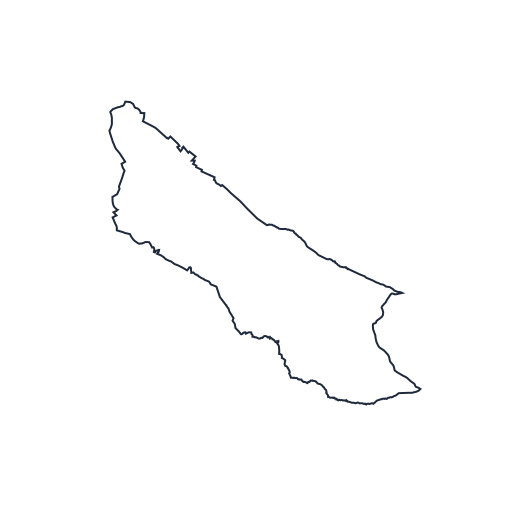 Sancraieni, Harghita, Romania (Albers equal-area conic projection), rotated 238°
{"feature_id": "2599482B65024630890924", "entity_name": "Sancraieni", "entity_type": "district", "adm_level": 2, "iso_a3": "ROU", "parent_name": "Romania", "parent_adm1": "Harghita", "projection": "albers", "projection_center": [25.771, 46.297], "detail": "fine", "context": "isolated", "style": "outline", "palette": "slate", "viewbox_px": 512, "rotation_deg": 238, "n_neighbors": 0, "source": "geoboundaries", "source_scale": "gbopen_adm2", "svg_char_len": 6076}
<svg xmlns="http://www.w3.org/2000/svg" viewBox="0 0 512 512"><g transform="rotate(238 256 256)"><path d="M147.2,360.4L148.4,359.6L149.8,358.2L150.2,357.5L151.3,356.5L153.8,354.8L154.8,354.8L158.5,353.1L161.4,349.9L163.0,349.4L164.2,348.7L164.9,348.1L166.0,346.8L167.8,345.7L170.4,343.7L172.9,342.4L179.1,338.0L181.0,337.5L185.8,334.0L195.9,327.5L196.1,326.9L196.5,326.8L196.7,327.1L198.0,326.2L198.2,326.5L198.8,326.3L199.6,325.2L199.9,324.4L202.5,321.7L203.7,321.4L204.6,320.8L206.8,320.4L208.5,319.6L209.2,320.0L209.8,320.0L210.5,318.6L213.0,318.0L213.5,317.3L214.2,317.1L214.6,316.5L215.0,315.3L216.1,314.2L223.3,309.7L224.4,309.2L226.7,308.8L230.2,307.4L236.0,304.7L237.5,304.3L241.5,304.8L242.6,304.7L245.1,303.9L247.9,303.5L249.7,302.3L251.7,302.1L252.7,301.5L253.8,301.6L254.8,300.9L255.8,300.8L256.3,301.0L257.5,300.9L258.0,300.5L259.0,299.3L260.3,298.1L261.1,297.8L261.5,296.7L263.2,295.6L264.3,293.5L266.2,290.8L267.1,289.9L268.4,289.6L268.9,288.9L269.7,288.8L269.8,288.5L271.0,287.9L271.9,287.7L272.5,286.8L273.8,286.3L274.6,285.4L274.8,284.8L275.4,284.2L275.9,283.6L275.8,283.3L276.0,283.2L276.3,281.6L287.1,276.9L301.0,273.6L310.6,271.7L322.7,268.0L328.0,266.8L334.1,264.9L334.0,263.3L335.8,262.7L338.5,261.1L339.7,260.9L341.8,261.4L342.9,260.7L344.7,262.6L356.6,254.6L357.7,255.8L363.1,252.3L364.2,253.3L367.4,251.4L368.1,253.1L369.3,254.5L370.9,252.1L372.4,257.5L379.8,254.9L379.4,253.3L387.2,252.4L386.9,251.0L386.2,250.9L384.8,247.5L390.1,247.0L389.9,249.4L390.2,249.4L392.8,249.2L402.7,246.7L402.0,243.7L403.2,243.3L403.2,242.9L417.6,238.8L419.9,237.6L430.1,231.5L433.1,234.7L436.4,237.0L438.4,233.9L439.7,234.5L442.4,234.3L444.1,233.6L445.5,232.2L446.2,232.0L450.2,232.3L453.0,231.0L456.2,227.0L454.3,224.4L453.9,223.3L453.9,222.2L454.3,221.6L454.6,219.5L455.3,217.8L456.4,212.5L456.2,211.7L455.7,209.7L455.3,208.7L452.0,208.0L449.4,206.9L444.4,203.8L442.8,202.2L441.4,200.4L440.4,199.0L440.1,198.2L437.9,197.4L428.8,195.1L422.4,194.1L421.3,194.0L415.4,194.8L405.3,195.0L405.4,190.8L401.5,189.8L397.9,189.7L396.8,188.1L392.8,183.4L388.0,177.2L387.0,176.3L385.3,175.9L382.0,171.0L382.2,165.6L379.2,163.8L376.5,162.5L374.8,162.0L373.0,161.8L371.6,162.0L369.0,162.7L368.5,163.1L368.2,161.2L368.6,158.3L364.3,159.2L364.7,154.9L358.2,153.8L355.5,153.6L353.7,153.0L352.7,152.2L351.5,151.6L346.5,156.0L344.8,157.2L341.4,160.7L338.5,160.4L335.5,160.6L333.4,161.0L329.1,162.8L328.3,163.4L327.5,165.4L327.1,165.7L326.6,168.1L326.5,169.5L324.4,172.7L322.4,172.8L318.2,172.4L317.8,173.7L316.9,173.7L315.6,173.3L314.8,172.8L313.6,171.5L312.6,172.2L313.2,173.3L313.3,174.2L312.8,176.5L312.5,176.5L312.4,176.9L311.3,175.9L310.9,175.1L311.1,175.0L310.8,174.3L310.3,173.3L306.7,175.9L303.6,177.2L301.2,177.7L297.7,180.0L296.4,181.1L292.3,182.7L289.1,185.1L285.3,187.4L280.3,190.0L281.0,192.0L281.7,193.3L281.3,194.3L280.5,194.5L276.0,192.2L275.3,194.1L272.5,194.8L272.1,195.4L271.5,195.8L270.5,196.0L270.2,196.5L268.5,196.9L265.5,198.5L264.4,199.3L262.8,199.9L259.3,202.5L257.3,202.8L256.1,202.5L251.0,206.2L241.0,203.8L240.7,203.6L230.4,204.5L229.9,204.8L229.3,204.5L225.8,204.8L222.9,204.0L215.2,204.0L213.6,201.9L209.6,202.0L207.0,201.0L206.0,200.4L200.7,201.5L198.3,201.7L197.4,202.0L197.2,203.0L197.6,204.4L197.3,205.9L196.9,206.5L196.1,206.2L195.5,206.2L195.2,209.1L194.7,210.1L193.7,211.4L192.1,210.9L191.2,211.1L190.3,211.0L189.4,210.2L189.1,210.5L188.8,211.1L188.0,211.9L187.5,212.0L187.4,212.4L187.0,213.0L184.5,214.6L183.9,215.5L183.8,217.2L183.1,218.1L183.5,219.2L183.7,220.3L183.4,221.3L182.6,222.1L181.6,222.6L181.0,222.7L181.1,223.3L180.1,223.9L178.9,224.0L179.7,225.0L178.4,225.3L177.1,226.0L176.6,225.8L175.5,226.7L172.8,226.9L172.2,227.2L171.6,228.3L171.8,228.8L172.4,228.9L172.0,229.5L172.0,229.9L171.3,229.6L171.0,228.4L171.0,227.7L170.3,227.8L169.6,227.6L169.2,227.9L167.2,227.5L163.8,225.8L160.6,223.7L160.1,224.5L158.4,225.3L156.2,224.3L155.9,223.9L154.1,224.9L152.1,225.6L149.2,222.9L147.2,222.6L146.3,223.5L145.4,223.6L144.1,223.5L143.9,223.8L142.4,223.5L140.9,223.5L139.3,222.8L138.9,221.9L136.1,221.6L134.3,221.1L133.8,222.0L132.7,223.0L132.7,223.6L132.5,224.0L131.7,224.5L130.9,226.0L129.6,226.4L129.0,226.4L128.6,227.3L128.1,227.4L127.2,229.0L125.1,229.0L124.6,229.5L123.9,229.6L123.5,230.2L123.5,230.6L121.8,231.8L121.2,231.9L120.9,232.3L121.3,233.0L121.5,233.7L121.3,234.2L120.9,234.5L121.0,235.2L121.3,235.9L121.3,236.4L121.1,236.7L121.2,236.8L120.5,237.5L120.5,237.9L119.8,238.2L119.7,238.6L118.8,239.6L117.6,240.4L117.1,240.3L116.9,240.5L115.4,240.7L114.6,241.2L113.2,242.6L111.8,243.3L108.7,243.8L108.6,244.0L106.3,244.0L105.2,244.4L103.1,243.7L102.7,243.0L99.7,243.2L98.2,242.5L98.0,243.1L97.2,243.3L96.1,244.4L95.7,245.4L94.6,246.4L94.7,246.9L94.3,247.4L94.1,247.3L93.2,247.4L92.3,248.5L91.7,248.1L91.1,248.8L90.1,249.1L89.9,249.6L90.1,250.3L88.9,251.2L88.6,252.2L87.2,253.4L87.1,254.0L86.6,254.4L86.2,255.1L85.4,255.4L85.8,256.2L83.6,256.8L83.3,257.5L80.9,259.4L79.6,261.3L78.4,262.3L77.8,264.7L77.4,265.1L76.1,265.7L75.0,267.9L73.2,269.3L73.0,270.3L71.7,270.7L71.8,271.8L71.2,273.1L70.4,273.7L69.7,276.4L68.5,277.2L68.7,279.0L69.1,280.6L69.3,282.2L68.6,284.6L68.4,286.1L67.9,286.7L68.0,287.4L67.3,288.7L66.7,289.3L66.8,289.8L66.6,290.2L66.0,290.6L65.5,291.2L65.8,291.8L65.8,292.9L65.2,293.9L65.1,295.2L64.3,296.1L64.0,297.5L64.1,299.1L63.7,300.0L63.6,300.9L64.0,303.6L63.9,304.6L59.2,312.8L57.3,315.8L57.0,316.9L56.1,319.4L55.7,321.4L55.6,322.4L56.1,324.9L58.0,324.1L60.3,322.3L61.3,322.2L63.0,322.6L64.0,322.4L68.3,320.7L72.7,319.5L74.5,318.6L75.9,317.6L82.8,314.0L85.3,313.1L86.2,313.1L88.0,313.9L90.1,314.4L91.2,314.4L94.4,313.9L95.7,313.9L100.1,315.4L102.3,315.6L108.1,314.5L113.1,312.2L115.4,312.1L119.3,312.6L123.2,314.0L125.1,315.0L131.8,316.5L134.4,317.8L136.2,319.1L136.3,319.9L135.9,321.2L135.8,322.0L135.9,322.4L136.8,323.4L137.0,324.1L137.3,325.6L137.4,328.3L137.9,330.9L138.1,331.3L138.6,332.2L140.2,333.6L141.5,334.3L143.9,334.9L145.5,335.1L146.3,335.8L147.2,338.4L147.9,341.3L149.4,343.8L152.1,350.0L152.2,351.3L151.7,352.0L149.9,353.5L149.5,354.1L147.2,360.4Z" fill="none" stroke="#1e293b" stroke-width="2"/></g></svg>